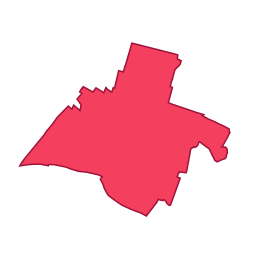 Gighera, Dolj, Romania (orthographic projection), rotated 8°
{"feature_id": "2599482B25349704513245", "entity_name": "Gighera", "entity_type": "district", "adm_level": 2, "iso_a3": "ROU", "parent_name": "Romania", "parent_adm1": "Dolj", "projection": "orthographic", "projection_center": [23.823, 43.841], "detail": "fine", "context": "isolated", "style": "filled", "palette": "rose", "viewbox_px": 256, "rotation_deg": 8, "n_neighbors": 0, "source": "geoboundaries", "source_scale": "gbopen_adm2", "svg_char_len": 5206}
<svg xmlns="http://www.w3.org/2000/svg" viewBox="0 0 256 256"><g transform="rotate(8 128 128)"><path d="M228.3,114.9L224.1,113.3L223.9,113.2L223.4,113.0L222.4,112.7L221.9,112.6L221.1,112.4L220.6,112.1L220.3,112.0L219.5,111.8L218.8,111.7L218.3,111.5L217.3,111.3L216.4,111.0L216.2,110.8L215.3,110.5L212.3,109.5L211.0,109.1L210.6,109.0L210.1,109.0L209.9,108.9L209.6,108.8L208.4,108.5L208.2,108.4L207.4,108.2L206.2,107.9L205.5,107.7L205.2,107.5L203.8,106.9L203.2,106.7L202.1,106.3L201.3,106.0L199.9,105.4L200.2,105.2L200.3,105.1L201.2,104.2L198.5,103.8L195.2,103.3L194.2,103.2L191.6,102.7L187.5,101.9L186.4,101.7L185.2,101.5L185.1,101.4L182.9,101.0L181.6,100.8L178.1,100.1L177.5,100.1L177.1,100.0L177.0,99.9L174.2,99.4L169.6,98.5L168.8,98.4L168.5,98.4L168.4,98.3L167.2,98.0L165.5,97.6L164.4,97.3L165.2,91.4L165.3,90.3L165.5,88.6L165.7,87.5L165.7,87.0L165.8,86.0L165.8,85.9L166.1,83.8L166.3,81.8L166.3,81.6L164.0,81.0L164.1,80.6L164.1,79.9L164.2,79.6L164.3,78.9L164.4,78.3L164.4,77.8L164.4,77.7L164.5,76.8L164.7,75.8L164.8,75.2L164.9,74.8L164.9,74.7L165.0,74.0L165.0,73.8L165.2,73.7L165.2,73.4L165.3,73.2L165.4,72.7L165.4,72.2L165.3,71.7L165.4,71.0L165.4,70.7L165.5,70.4L165.5,70.0L165.8,67.9L166.1,65.9L166.1,65.5L166.2,65.2L166.4,63.8L166.4,63.7L166.5,63.5L166.6,63.3L167.0,62.8L167.2,62.6L167.7,61.9L168.2,61.3L168.7,60.6L169.2,60.1L169.4,59.9L169.5,59.6L169.6,59.4L170.1,58.8L170.4,58.4L170.5,58.1L170.6,57.9L170.8,57.2L171.0,56.3L171.0,56.0L171.0,55.7L171.2,54.6L171.3,54.0L169.8,53.5L169.3,53.3L167.6,52.8L167.3,52.6L167.2,52.5L167.2,52.4L167.1,52.2L167.2,50.3L167.2,49.9L167.2,49.0L167.1,48.9L167.1,48.7L166.9,48.6L166.2,48.5L165.4,48.4L163.1,48.1L160.6,47.8L159.7,47.7L156.7,47.4L154.6,47.2L148.5,46.5L147.7,46.4L144.6,46.1L139.3,45.5L136.7,45.2L130.0,44.5L128.5,44.3L125.6,44.0L121.4,43.5L120.1,43.4L119.9,44.0L119.1,50.0L118.7,53.0L118.2,56.1L117.5,61.2L117.2,63.1L116.8,66.1L116.3,67.2L116.2,68.7L115.6,73.1L110.8,72.5L109.7,84.3L109.1,90.4L107.7,90.2L107.0,94.7L106.6,94.7L106.1,94.5L104.8,93.7L102.4,92.6L102.2,92.5L100.5,91.0L99.1,96.5L97.0,95.4L90.7,92.7L88.9,96.2L88.5,97.2L88.4,97.3L87.2,96.8L81.9,94.8L77.9,93.3L77.1,95.3L76.8,95.1L76.0,96.8L75.1,99.0L77.5,100.2L77.4,100.4L77.4,100.5L77.1,100.9L77.0,101.1L76.8,101.4L76.7,101.6L76.6,101.8L76.0,102.5L75.8,102.9L75.4,103.4L75.2,103.7L75.1,103.8L74.8,104.2L74.7,104.6L74.5,104.9L74.4,105.0L73.8,106.0L73.5,106.5L76.5,109.5L76.7,109.9L78.3,111.5L78.1,117.5L76.6,116.5L71.0,112.9L69.8,117.2L68.9,116.6L65.8,114.6L56.6,127.1L53.5,133.0L50.9,137.6L48.0,142.0L45.7,146.8L30.0,172.5L28.1,176.0L26.4,179.8L26.1,180.6L31.3,179.0L37.2,177.5L46.1,176.0L54.3,176.5L54.4,175.3L59.6,174.6L71.8,175.3L76.9,176.5L85.1,177.8L93.1,177.5L102.9,178.3L104.1,178.3L109.2,179.7L107.7,182.5L111.0,187.1L112.7,190.7L115.2,194.3L118.0,197.6L125.3,201.6L133.1,205.4L142.6,208.2L152.5,210.4L158.4,212.6L159.2,210.6L159.4,210.8L161.7,206.7L163.0,204.5L166.9,197.5L167.0,197.1L167.1,196.7L167.1,196.4L167.1,196.2L167.6,195.8L167.6,195.7L167.6,195.2L167.7,194.9L167.7,194.5L170.0,194.8L170.7,194.9L171.4,195.0L172.2,195.0L172.7,195.0L172.5,194.3L172.6,194.2L172.8,194.2L173.3,194.2L173.5,194.1L173.8,194.1L174.0,194.1L174.4,194.3L174.5,194.4L174.9,194.7L175.1,194.9L175.2,195.0L175.4,195.2L175.5,195.4L176.0,195.7L176.0,195.8L176.5,196.6L176.7,196.8L176.8,197.0L177.0,197.2L177.1,197.3L177.6,197.5L177.9,197.5L178.0,197.7L178.1,197.9L178.2,198.0L178.3,198.1L178.4,198.3L178.5,198.4L178.6,198.5L178.9,198.7L179.8,198.8L180.0,198.8L180.8,198.4L182.9,188.5L186.7,170.4L183.5,169.7L184.6,164.7L185.2,164.8L185.2,164.7L185.1,164.4L186.4,164.2L187.3,164.2L187.8,164.2L188.1,164.2L188.5,164.2L188.9,164.3L189.1,164.3L189.4,164.3L191.7,164.2L191.8,164.2L191.9,163.9L191.9,163.7L192.0,163.5L192.0,163.4L192.2,160.3L192.2,159.2L192.2,158.8L192.3,158.4L192.3,158.0L192.3,157.2L192.4,155.4L192.4,154.6L192.4,154.3L192.5,153.9L192.6,151.9L192.6,151.6L192.6,150.6L192.7,149.2L192.7,148.9L192.8,148.4L192.8,148.0L192.9,145.9L192.9,144.5L192.9,143.4L192.9,141.9L193.1,140.1L193.3,139.8L194.9,138.2L195.3,137.8L195.7,137.6L195.8,137.5L196.0,137.7L196.3,138.1L197.1,137.6L198.5,136.8L198.8,136.3L198.9,136.1L199.1,136.0L199.3,135.8L199.5,135.3L199.6,134.7L200.0,133.2L200.1,132.3L200.2,132.1L200.6,131.8L200.8,131.6L203.1,132.9L204.1,133.5L204.8,133.9L205.9,134.5L207.4,135.3L208.9,136.1L210.1,136.7L210.8,137.1L211.4,137.5L211.6,137.7L211.8,138.1L212.3,138.7L212.6,139.2L213.7,140.9L215.1,143.1L215.6,143.8L216.1,144.5L217.0,145.7L218.3,147.7L218.5,148.0L219.3,148.4L219.9,148.7L220.9,149.1L221.0,149.0L221.6,148.7L223.2,147.7L224.1,147.1L225.4,146.3L226.3,145.8L226.9,145.4L227.7,145.2L228.3,144.9L228.3,144.5L228.6,144.2L229.0,143.8L229.2,143.5L229.4,140.1L229.9,138.5L229.7,137.7L229.3,136.3L229.3,136.2L229.2,135.8L229.1,135.4L228.9,135.0L228.4,134.3L228.3,134.2L228.0,134.0L227.0,133.4L226.9,133.4L226.4,133.4L223.7,133.6L223.9,133.4L224.1,133.1L224.8,131.1L225.1,130.5L225.9,128.3L226.1,127.7L226.5,126.7L226.9,125.6L227.3,124.5L227.4,124.4L227.6,124.1L228.0,122.9L228.4,121.6L228.9,119.9L229.3,119.0L229.4,118.8L229.5,118.5L229.6,118.4L229.4,118.2L229.2,118.0L229.2,117.9L229.0,117.6L228.9,117.3L228.5,115.8L228.3,114.9Z" fill="#f43f5e" stroke="#9f1239" stroke-width="1.5"/></g></svg>